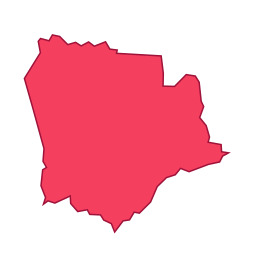 Knott, Kentucky, United States of America, rotated 353°
{"feature_id": "52423323B14843567841968", "entity_name": "Knott", "entity_type": "district", "adm_level": 2, "iso_a3": "USA", "parent_name": "United States of America", "parent_adm1": "Kentucky", "projection": "mercator", "projection_center": [-82.938, 37.349], "detail": "fine", "context": "isolated", "style": "filled", "palette": "rose", "viewbox_px": 256, "rotation_deg": 353, "n_neighbors": 0, "source": "geoboundaries", "source_scale": "gbopen_adm2", "svg_char_len": 897}
<svg xmlns="http://www.w3.org/2000/svg" viewBox="0 0 256 256"><g transform="rotate(353 128 128)"><path d="M126.8,49.3L119.6,47.5L116.2,39.7L104.5,42.7L99.4,37.8L91.5,40.8L86.4,36.6L78.4,37.9L71.3,28.8L64.3,26.4L60.3,31.8L52.1,28.5L49.5,31.0L50.2,42.6L31.2,66.2L35.9,96.2L42.1,138.2L39.6,150.7L42.3,157.2L38.2,159.1L34.6,174.7L37.7,187.0L34.8,193.3L39.7,190.6L46.3,193.6L62.4,188.4L61.9,196.0L67.9,204.8L77.6,204.2L79.5,209.1L90.1,210.9L92.7,216.4L99.8,220.9L102.1,229.6L111.8,219.6L118.3,219.4L123.9,212.3L128.9,213.9L141.4,204.2L149.9,189.7L160.2,181.9L169.2,180.2L175.2,174.5L183.3,178.8L203.5,173.9L214.8,172.9L218.5,167.4L224.8,164.9L218.0,163.0L218.4,155.8L205.8,151.9L207.8,146.9L205.9,135.2L200.4,126.4L205.7,116.0L203.9,110.4L204.2,91.2L201.1,84.6L192.3,82.1L179.3,92.4L167.9,90.7L169.7,78.1L169.7,60.5L125.7,52.5L126.8,49.3Z" fill="#f43f5e" stroke="#9f1239" stroke-width="1.5"/></g></svg>